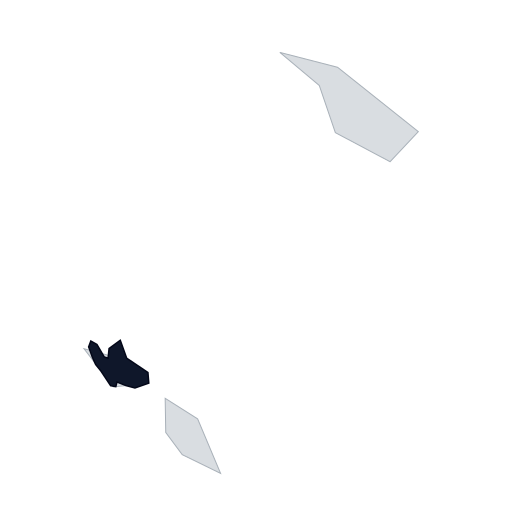 United States Virgin Islands, with Saint John highlighted, rotated 220°
{"feature_id": "VIR-4869", "entity_name": "Saint John", "entity_type": "state/province", "adm_level": 1, "iso_a3": "VIR", "parent_name": "United States Virgin Islands", "parent_adm1": "", "projection": "robinson", "projection_center": [-64.723, 18.338], "detail": "fine", "context": "in_parent", "style": "filled", "palette": "ink", "viewbox_px": 512, "rotation_deg": 220, "n_neighbors": 0, "source": "natural_earth", "source_scale": "10m", "svg_char_len": 661}
<svg xmlns="http://www.w3.org/2000/svg" viewBox="0 0 512 512"><g transform="rotate(220 256 256)"><path d="M274.5,401.5L317.1,427.3L368.6,427.3L314.8,453.0L211.6,455.6L213.9,414.4L274.5,401.5ZM234.1,88.6L196.0,93.7L143.4,66.7L184.8,56.4L211.7,62.8L234.1,88.6ZM328.2,74.4L294.6,89.9L271.9,87.7L263.3,82.2L281.2,64.1L328.2,74.4Z" fill="#d9dde1" stroke="#a8b0b8" stroke-width="1"/><path d="M307.3,81.1L303.7,82.7L309.1,90.7L305.8,104.2L289.4,94.6L263.9,97.3L256.4,89.7L263.9,77.1L272.4,73.1L281.5,70.1L279.4,65.8L284.0,63.2L300.9,68.2L309.1,69.8L316.7,73.5L325.8,78.8L327.9,84.7L321.0,86.0L307.3,81.1Z" fill="#0f172a" stroke="#020617" stroke-width="1.5"/></g></svg>